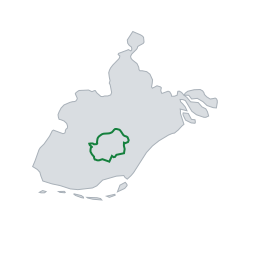 Flevoland highlighted on a map of Netherlands, rotated 201°
{"feature_id": "NLD-902", "entity_name": "Flevoland", "entity_type": "Province", "adm_level": 1, "iso_a3": "NLD", "parent_name": "Netherlands", "parent_adm1": "", "projection": "albers", "projection_center": [5.642, 52.551], "detail": "fine", "context": "in_parent", "style": "outline", "palette": "green", "viewbox_px": 256, "rotation_deg": 201, "n_neighbors": 0, "source": "natural_earth", "source_scale": "10m", "svg_char_len": 3799}
<svg xmlns="http://www.w3.org/2000/svg" viewBox="0 0 256 256"><g transform="rotate(201 128 128)"><path d="M158.1,219.8L154.0,219.6L150.2,219.5L148.1,219.2L146.0,218.3L146.0,218.2L145.0,216.3L143.8,213.9L144.1,212.4L147.7,208.2L148.2,207.1L147.9,206.4L148.2,204.6L151.0,198.4L151.3,195.9L150.1,194.1L148.3,193.1L142.6,191.3L139.8,188.6L138.6,186.4L137.3,185.7L135.4,186.5L130.7,187.3L126.8,186.1L122.3,181.7L121.3,177.9L120.8,174.9L119.6,173.9L118.1,175.4L116.1,177.8L112.3,178.0L111.3,177.5L111.1,176.1L110.9,174.9L109.8,173.3L108.7,172.4L103.8,176.7L102.0,176.7L99.8,175.0L98.7,173.3L96.2,174.2L93.9,176.2L94.6,180.1L93.4,180.8L90.7,180.4L87.6,178.7L84.1,177.7L78.9,174.9L71.5,176.9L66.5,174.2L62.3,173.8L59.7,171.7L57.0,168.1L59.1,165.9L61.0,165.2L68.8,164.9L74.4,166.5L84.3,174.2L86.9,174.2L89.6,173.3L88.3,171.3L85.7,170.2L82.0,168.1L79.1,165.2L86.1,164.4L85.2,162.9L84.3,160.4L77.1,151.5L78.4,149.1L80.4,144.1L82.8,139.9L84.7,138.8L87.7,135.9L94.5,127.2L98.7,120.1L102.0,111.7L106.8,88.3L108.2,84.4L110.4,80.0L113.1,80.8L114.9,82.1L121.6,78.9L133.0,70.3L136.4,62.8L139.7,59.3L152.7,52.5L159.9,50.5L170.9,49.9L178.9,48.6L188.5,48.0L192.2,52.1L194.4,55.1L197.8,56.8L203.2,57.8L203.0,63.9L203.3,75.8L202.9,78.0L200.6,83.1L198.3,92.2L197.7,98.1L196.9,99.3L186.7,99.4L185.3,100.5L185.1,101.8L185.6,103.3L185.4,104.8L184.6,106.1L185.1,108.1L186.9,110.3L190.1,111.6L193.6,111.7L195.4,111.4L196.8,113.0L198.1,115.4L198.1,118.5L197.6,122.7L196.0,126.6L191.4,131.1L189.2,132.7L187.2,133.6L186.3,134.7L185.9,136.2L186.0,137.6L189.5,141.1L189.4,141.9L188.4,143.8L187.1,145.5L178.4,149.3L174.7,149.0L172.7,150.9L172.0,151.2L169.7,149.6L164.5,147.7L162.6,148.4L161.5,149.4L158.3,150.7L156.0,152.7L156.0,155.3L160.1,161.9L161.6,163.2L161.7,165.7L163.7,168.8L165.8,172.7L166.0,175.1L165.8,177.7L164.8,181.2L161.2,189.6L161.2,191.2L161.5,192.4L162.7,192.7L163.7,193.3L163.4,194.4L156.7,200.3L155.8,201.3L153.0,201.0L152.5,202.0L152.9,203.5L154.0,204.9L156.5,205.6L158.6,207.0L160.2,209.9L158.1,219.8ZM87.6,178.7L87.0,181.1L85.4,183.7L80.0,187.4L74.4,189.8L71.6,189.4L69.7,188.1L68.7,186.7L65.7,185.3L61.7,184.5L59.2,185.9L57.3,187.2L55.8,186.9L54.6,185.7L53.8,183.9L52.7,178.4L55.8,177.5L62.3,177.3L67.3,179.4L73.9,180.5L79.0,177.9L83.0,180.3L87.6,178.7ZM77.1,156.0L80.9,159.6L81.7,160.7L81.9,161.9L77.0,163.2L71.9,158.8L68.4,159.7L67.2,157.6L67.2,156.4L70.8,155.4L77.1,156.0ZM115.0,71.8L111.1,76.3L108.8,75.0L108.2,73.9L109.4,70.4L115.0,64.6L115.0,71.8ZM131.9,51.8L128.3,52.3L126.7,51.4L135.3,48.9L140.7,48.2L141.6,48.5L131.9,51.8ZM154.8,47.2L147.3,48.2L144.8,47.5L144.4,46.7L146.4,46.3L152.8,46.2L154.8,46.8L154.8,47.2ZM123.6,56.7L116.5,61.4L115.9,60.6L120.5,56.6L123.6,56.7ZM185.3,39.0L181.7,39.3L182.7,37.6L186.0,36.3L187.7,36.2L185.3,39.0ZM170.1,43.8L164.8,46.0L163.5,45.5L163.8,44.9L168.5,43.5L170.1,43.8Z" fill="#d9dde1" stroke="#a8b0b8" stroke-width="1"/><path d="M147.7,86.7L148.1,87.0L149.0,88.0L149.4,89.0L152.2,90.5L154.0,92.0L154.5,92.5L154.8,93.0L155.3,94.6L155.6,96.3L155.4,96.6L155.3,97.0L155.0,97.2L154.9,97.4L155.0,97.5L155.3,97.6L156.9,98.1L157.7,98.5L158.5,99.5L157.3,100.2L155.4,100.9L155.1,100.9L154.4,100.8L154.2,100.6L153.7,100.7L151.7,101.6L151.3,102.1L151.3,102.9L151.8,103.4L152.6,106.9L152.6,108.0L152.2,109.5L151.5,110.7L150.6,112.1L149.9,113.0L148.9,113.8L147.5,114.5L145.7,115.3L144.4,115.9L143.3,116.5L142.3,117.4L141.5,118.2L140.8,119.8L140.4,121.2L139.6,122.5L138.3,123.0L135.5,123.3L134.8,123.1L134.7,123.1L133.1,122.1L129.9,119.8L128.6,119.4L127.8,119.4L126.3,119.5L125.1,119.2L123.0,116.9L123.0,114.9L125.2,112.8L126.5,112.8L125.5,110.0L123.6,107.2L122.7,103.0L129.2,98.8L129.8,96.4L131.0,95.6L133.0,96.2L133.4,89.9L133.5,89.9L140.7,89.7L142.3,88.4L143.5,87.4L144.5,87.0L145.4,86.8L146.3,86.8L146.8,86.9L147.7,86.7Z" fill="none" stroke="#15803d" stroke-width="2"/></g></svg>